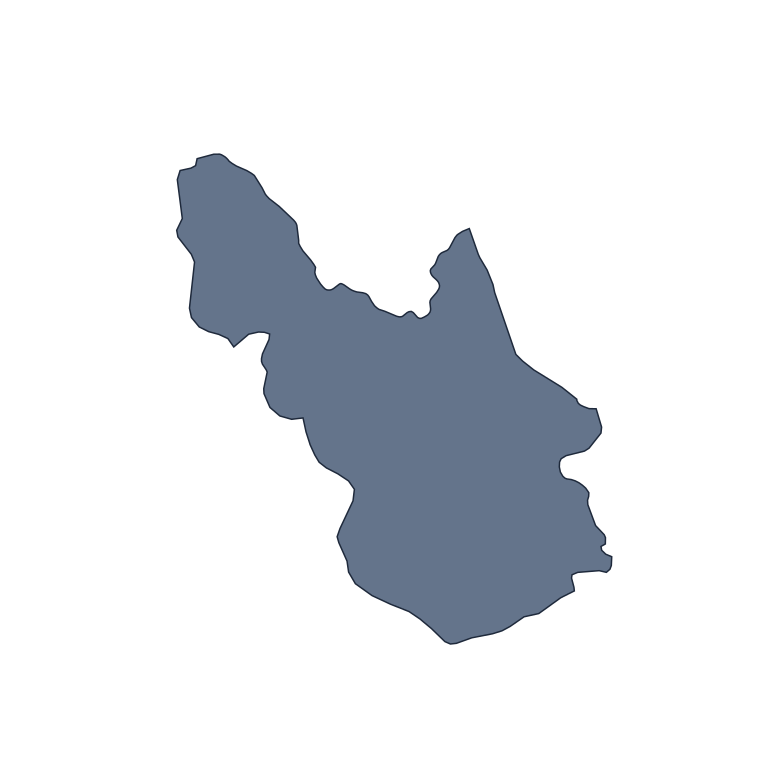 outline of Brescia, rotated 308°
{"feature_id": "ITA-5445", "entity_name": "Brescia", "entity_type": "Province", "adm_level": 1, "iso_a3": "ITA", "parent_name": "Italy", "parent_adm1": "", "projection": "orthographic", "projection_center": [10.383, 45.779], "detail": "fine", "context": "isolated", "style": "filled", "palette": "slate", "viewbox_px": 768, "rotation_deg": 308, "n_neighbors": 0, "source": "natural_earth", "source_scale": "10m", "svg_char_len": 3419}
<svg xmlns="http://www.w3.org/2000/svg" viewBox="0 0 768 768"><g transform="rotate(308 384 384)"><path d="M220.8,562.1L220.8,561.8L221.0,557.2L220.1,543.9L214.5,524.8L209.9,504.9L209.0,484.4L214.0,471.9L221.7,463.9L231.1,446.2L234.8,441.1L243.0,438.3L250.1,436.7L272.9,431.5L282.8,425.5L285.8,415.7L284.8,402.9L282.4,390.3L282.4,381.1L285.5,373.1L290.7,363.1L291.9,361.4L298.3,352.0L307.4,341.1L299.3,332.9L294.7,321.6L295.3,308.6L302.5,295.4L306.3,292.1L321.5,284.6L322.6,282.6L324.8,276.0L326.4,273.6L328.5,271.9L332.9,269.7L348.3,266.0L353.0,263.1L351.1,257.9L347.7,253.1L339.9,246.7L320.7,242.8L323.7,233.0L321.4,223.3L317.3,213.6L315.2,203.3L317.8,191.4L324.0,184.0L363.5,159.6L367.6,152.3L373.0,131.1L377.5,126.0L390.2,123.2L417.8,95.3L426.7,91.9L435.3,99.0L440.1,101.1L446.5,98.0L460.3,108.4L464.0,113.1L464.6,114.9L465.1,118.8L465.0,120.9L464.7,122.9L464.2,124.8L464.3,128.5L464.9,133.6L467.7,144.5L468.4,149.8L468.5,153.4L463.5,167.2L460.5,173.6L459.9,176.1L459.4,179.4L459.4,192.3L457.5,211.9L456.9,214.7L456.2,216.3L455.3,217.7L444.8,228.2L442.3,230.2L440.8,233.3L439.0,238.1L436.6,249.7L435.1,254.9L433.8,258.2L429.3,260.8L427.7,262.8L426.0,265.8L423.7,272.5L422.9,276.4L422.6,279.4L423.1,281.2L424.0,282.6L425.0,283.8L426.5,284.8L428.2,285.5L435.5,287.4L436.6,288.2L437.1,289.5L437.5,291.7L437.8,298.4L438.1,300.7L438.6,302.6L439.2,304.3L439.8,305.9L442.8,311.0L444.0,314.0L444.1,316.3L443.6,318.3L441.4,323.4L439.8,328.4L439.6,331.5L439.7,334.0L441.8,339.8L445.2,352.3L446.3,354.7L447.3,355.9L448.6,356.9L454.6,358.3L456.4,359.2L458.0,360.8L458.3,363.2L457.1,369.6L457.6,371.6L458.7,373.0L461.8,374.6L465.2,375.9L467.1,376.1L468.9,376.0L470.5,375.4L471.9,374.5L476.6,369.9L478.1,369.1L480.0,368.7L488.5,369.1L492.4,368.7L494.1,368.2L495.6,367.3L496.7,366.0L497.6,364.5L498.1,362.8L498.4,360.9L498.7,356.8L499.1,354.9L499.8,353.2L500.7,351.8L501.8,350.7L503.4,350.1L509.1,350.6L511.0,350.3L517.9,348.2L519.8,348.1L521.7,348.3L523.4,348.9L528.0,351.4L529.7,351.8L531.7,351.8L543.0,349.8L546.2,349.8L547.5,350.1L552.6,351.9L559.0,355.5L544.2,378.5L542.5,381.8L537.3,395.1L529.5,408.6L524.2,414.9L488.5,469.7L487.4,479.2L487.3,493.3L490.9,526.3L490.7,545.3L489.8,546.0L488.4,549.0L488.3,551.7L489.1,555.3L490.8,560.7L494.9,566.2L495.1,566.4L484.0,582.0L478.9,585.2L459.7,585.1L454.6,583.3L439.6,571.6L434.2,569.6L430.6,570.4L426.6,573.2L423.2,577.2L421.4,581.7L421.2,584.6L421.8,586.6L424.0,590.4L425.4,594.3L426.2,598.4L426.4,602.7L426.1,607.1L424.4,612.4L421.4,614.5L417.8,615.9L414.4,618.9L402.7,637.9L400.8,650.3L399.3,653.1L394.2,656.9L389.6,655.0L387.0,657.9L386.4,663.5L388.1,669.8L380.9,674.9L377.1,676.1L372.5,675.2L369.4,668.5L354.8,652.6L349.4,649.6L346.5,651.3L340.8,658.8L338.1,661.4L337.9,661.3L337.7,661.2L337.3,661.0L337.1,660.9L336.9,660.8L336.7,660.7L336.4,660.6L336.1,660.4L335.8,660.3L335.5,660.1L335.1,660.0L334.8,659.8L334.4,659.6L334.1,659.5L333.7,659.3L333.3,659.1L332.9,658.9L332.5,658.7L332.1,658.5L331.7,658.3L331.3,658.1L330.9,658.0L330.5,657.8L330.1,657.6L329.7,657.4L329.3,657.2L328.9,657.0L328.5,656.8L328.1,656.6L327.8,656.5L327.4,656.3L327.1,656.1L326.8,656.0L326.4,655.8L326.2,655.7L325.9,655.6L325.6,655.5L325.4,655.4L325.2,655.3L325.0,655.2L324.9,655.1L324.7,655.0L324.5,654.9L298.4,647.3L286.8,637.7L270.5,632.6L262.1,628.9L254.0,623.3L238.0,609.4L224.2,600.7L220.0,596.4L218.5,590.6L220.5,571.7L220.8,562.1Z" fill="#64748b" stroke="#1e293b" stroke-width="1.5"/></g></svg>